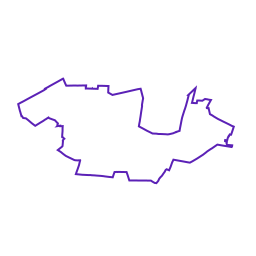 Tecámac, México, Mexico (Equal Earth projection), rotated 81°
{"feature_id": "50627088B86609194927709", "entity_name": "Tecámac", "entity_type": "district", "adm_level": 2, "iso_a3": "MEX", "parent_name": "Mexico", "parent_adm1": "México", "projection": "equal_earth", "projection_center": [-98.994, 19.711], "detail": "fine", "context": "isolated", "style": "outline", "palette": "violet", "viewbox_px": 256, "rotation_deg": 81, "n_neighbors": 0, "source": "geoboundaries", "source_scale": "gbopen_adm2", "svg_char_len": 5205}
<svg xmlns="http://www.w3.org/2000/svg" viewBox="0 0 256 256"><g transform="rotate(81 128 128)"><path d="M143.2,23.3L142.7,24.1L142.3,24.9L140.5,27.3L140.2,27.7L138.1,30.7L136.5,33.0L134.9,35.2L133.3,37.5L132.5,38.5L131.5,39.7L129.9,41.6L129.2,42.3L129.0,42.5L128.8,42.7L128.7,42.9L128.5,43.2L128.1,43.5L128.0,43.8L127.9,43.9L127.8,44.1L127.7,44.2L127.1,44.9L123.8,45.1L121.0,45.3L121.1,45.8L121.0,46.2L120.7,47.0L120.4,47.1L118.9,46.0L118.4,45.6L117.7,45.2L117.4,44.9L115.2,43.2L113.3,41.7L112.7,43.7L112.0,45.4L111.7,46.4L111.4,47.3L111.6,47.5L111.6,47.9L112.7,50.3L112.1,53.0L111.7,55.3L113.8,56.1L114.2,56.2L113.9,57.9L113.6,59.2L113.2,60.9L112.8,60.7L109.7,59.4L107.5,58.5L104.1,57.0L101.4,55.9L99.9,55.3L99.6,55.1L99.4,55.1L99.1,55.0L100.8,57.5L101.5,58.4L102.1,59.3L104.1,62.2L104.4,62.7L104.8,63.2L105.0,63.5L105.3,63.0L107.6,64.0L110.0,65.0L114.2,66.9L114.5,67.0L118.1,68.8L119.3,69.5L120.3,70.0L123.9,71.8L124.7,72.2L126.4,73.0L129.0,74.0L132.9,75.4L137.0,76.9L138.9,77.5L139.4,81.0L139.6,81.0L139.9,82.9L140.2,83.8L140.3,84.6L140.4,85.8L140.6,88.9L140.5,89.2L140.5,90.0L140.0,92.0L139.1,96.4L138.7,98.7L138.3,100.1L138.2,100.2L138.1,100.5L137.3,104.6L135.7,106.8L133.6,109.8L130.8,113.4L128.1,117.0L125.6,116.2L123.2,115.3L120.9,114.6L118.5,113.8L114.6,112.6L111.5,111.6L108.4,110.6L107.9,110.7L107.1,110.5L105.9,110.1L102.6,109.0L102.2,108.8L101.8,108.7L101.4,108.6L101.2,108.5L101.0,108.4L100.9,108.4L100.6,108.5L100.3,108.5L100.0,108.5L99.7,108.5L99.2,108.6L98.9,108.6L98.6,108.7L98.3,108.7L98.1,108.7L97.8,108.7L97.5,108.8L97.2,108.8L96.9,108.8L96.7,108.8L96.4,108.9L96.1,108.9L95.8,108.9L95.5,109.0L95.0,109.0L94.7,109.0L94.4,109.1L94.2,109.1L93.9,109.1L93.6,109.1L93.1,109.2L92.8,109.2L92.5,109.3L92.3,109.3L92.0,109.3L91.2,109.4L91.2,112.3L92.1,125.2L92.9,138.2L92.8,138.3L89.9,142.0L86.7,141.4L83.5,140.7L82.5,145.8L81.6,150.9L83.0,151.3L84.6,151.9L84.4,152.6L84.3,153.3L84.2,154.0L84.0,154.7L83.9,155.4L83.8,156.1L83.5,157.4L83.4,157.4L83.5,157.6L83.4,158.2L83.2,158.9L83.1,159.7L83.0,160.4L82.8,161.1L82.7,161.8L82.6,162.2L82.6,162.3L82.5,162.5L82.5,163.0L82.4,163.2L82.4,163.4L82.4,163.5L80.9,163.3L80.9,163.2L80.3,162.9L79.4,162.7L78.3,170.6L77.5,175.5L76.7,181.4L76.5,182.4L75.0,182.8L74.8,182.9L73.2,183.3L71.7,183.7L70.0,184.1L69.1,184.3L69.1,184.5L71.0,189.6L72.7,194.3L74.3,198.7L75.1,200.7L75.3,201.3L76.1,203.6L76.6,203.2L77.5,205.1L79.7,211.3L82.9,220.5L83.5,222.2L85.2,226.9L85.4,227.5L85.9,228.9L85.9,229.1L87.2,232.7L90.7,232.4L93.8,232.1L94.0,232.1L95.8,231.8L96.2,231.8L97.5,231.6L97.8,231.6L99.4,231.4L99.3,231.1L100.5,230.5L100.7,230.4L101.6,230.1L101.8,229.7L102.5,227.3L104.9,225.1L106.8,223.5L108.2,222.3L110.6,220.0L110.7,219.9L111.3,219.3L111.0,218.6L110.8,217.9L110.5,217.4L109.9,215.9L109.0,213.8L107.9,211.0L107.2,209.5L106.7,208.5L106.4,207.6L106.1,206.9L105.8,206.4L105.6,205.9L105.5,205.6L105.2,204.9L105.8,204.6L106.4,203.6L106.5,203.4L106.7,203.0L106.8,202.8L106.9,202.7L107.4,201.8L107.9,200.9L108.1,200.5L108.9,199.0L111.9,197.0L112.3,196.6L112.5,196.5L114.0,197.3L114.6,196.8L115.1,197.5L115.1,196.8L115.1,196.2L115.1,194.6L115.6,194.7L115.8,193.3L115.9,192.2L118.2,192.7L120.7,193.1L123.2,193.7L123.5,193.8L125.9,194.3L126.6,194.5L126.8,194.4L126.9,194.1L127.0,193.8L127.1,193.7L127.8,193.2L128.6,192.6L128.7,192.8L128.8,193.0L129.0,193.2L129.1,193.3L129.4,193.6L129.8,194.1L130.0,194.3L130.7,194.4L130.9,194.3L132.5,194.7L133.7,195.0L135.6,195.5L136.2,196.2L138.8,200.8L141.2,198.1L142.2,197.2L142.7,196.8L144.5,195.1L145.2,194.4L145.9,193.7L147.5,191.4L148.1,190.6L148.6,189.8L151.2,186.1L151.6,185.2L152.1,182.9L152.4,180.3L152.5,180.3L154.5,181.2L157.0,182.2L160.8,184.2L163.1,185.5L165.4,186.7L167.1,180.2L167.5,178.2L168.4,174.0L168.7,172.1L169.0,171.2L169.6,168.3L170.0,166.8L171.1,162.1L171.9,159.2L172.0,159.0L172.3,158.0L173.2,154.9L174.3,150.8L171.8,149.5L169.4,148.2L169.4,147.9L169.7,145.5L169.8,145.4L169.8,145.2L169.9,144.4L169.9,144.1L170.1,143.1L170.8,139.2L171.3,136.3L175.4,135.6L179.4,135.0L180.0,134.9L181.1,128.1L181.6,125.5L182.0,123.0L182.9,117.4L183.5,113.8L183.6,113.5L184.4,112.7L185.5,111.4L186.5,110.1L186.8,108.8L186.9,108.6L186.1,107.7L185.5,107.0L185.4,106.9L185.0,106.4L184.5,106.1L183.0,105.1L182.3,104.3L181.9,103.9L181.1,102.8L180.7,102.2L180.1,101.6L179.5,101.0L178.7,100.3L177.7,99.3L176.9,98.5L176.8,98.4L176.0,97.9L175.3,97.3L174.8,96.3L176.2,94.0L174.9,93.2L173.0,92.0L169.3,90.0L168.9,89.8L168.7,89.7L168.4,89.4L167.5,88.8L166.4,88.1L168.0,83.5L169.6,78.9L171.2,74.4L171.9,72.3L171.0,69.7L169.0,64.6L167.1,60.3L166.1,58.0L165.7,57.3L165.0,56.0L164.4,54.9L163.5,53.4L161.7,49.5L161.3,48.4L159.9,45.5L158.5,42.6L158.4,42.3L160.1,37.4L161.7,32.5L163.0,28.6L162.4,28.1L162.1,28.0L161.4,27.8L160.8,30.3L160.7,30.7L160.6,31.2L160.4,32.1L159.8,32.7L159.4,33.0L158.9,33.1L158.5,33.0L158.1,32.9L157.5,32.6L157.0,32.5L156.7,33.5L156.2,34.2L155.6,34.1L155.1,33.9L155.7,32.1L155.4,31.8L155.2,31.8L154.9,31.7L154.4,31.4L154.1,31.3L153.7,31.2L153.4,31.0L153.3,30.9L153.1,30.7L152.6,30.5L152.4,30.4L152.3,30.0L152.1,29.7L151.9,29.6L151.6,29.5L151.4,29.6L151.2,29.4L150.9,29.1L150.8,28.9L150.8,28.6L150.6,28.5L150.3,28.4L150.7,27.2L148.1,25.8L145.2,24.3L143.2,23.3Z" fill="none" stroke="#5b21b6" stroke-width="2"/></g></svg>